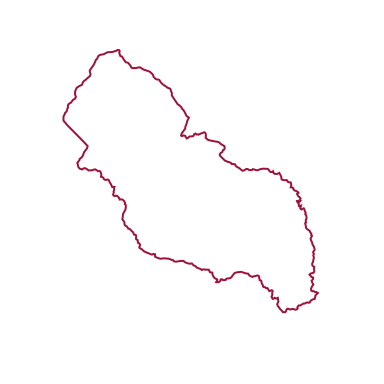 the district of Santa Rita do Tocantins, Tocantins, Brazil, rotated 225°
{"feature_id": "56859067B45645585605962", "entity_name": "Santa Rita do Tocantins", "entity_type": "district", "adm_level": 2, "iso_a3": "BRA", "parent_name": "Brazil", "parent_adm1": "Tocantins", "projection": "mercator", "projection_center": [-49.332, -10.964], "detail": "fine", "context": "isolated", "style": "outline", "palette": "rose", "viewbox_px": 384, "rotation_deg": 225, "n_neighbors": 0, "source": "geoboundaries", "source_scale": "gbopen_adm2", "svg_char_len": 6041}
<svg xmlns="http://www.w3.org/2000/svg" viewBox="0 0 384 384"><g transform="rotate(225 192 192)"><path d="M346.9,193.0L345.6,190.1L346.0,188.8L346.6,187.2L347.2,184.2L346.5,182.1L345.6,180.3L344.8,179.4L343.4,178.1L341.4,177.2L340.7,175.6L341.3,172.6L340.9,170.6L340.8,169.4L341.2,168.1L341.4,166.7L340.9,165.4L339.4,164.0L338.9,162.5L338.0,161.1L337.6,160.0L337.7,158.2L337.1,157.1L336.2,154.5L335.1,153.3L334.1,152.3L333.2,151.6L331.7,151.4L330.0,151.4L328.4,151.1L304.1,150.9L298.3,150.7L297.1,148.7L296.5,144.0L294.9,140.5L294.5,138.9L294.8,136.0L294.1,134.8L293.9,132.9L293.5,131.3L292.5,130.9L290.3,129.4L287.9,129.1L285.5,130.4L285.5,131.6L284.7,133.1L282.8,133.8L280.3,134.2L277.8,137.0L277.1,138.7L276.4,139.6L273.3,140.3L271.9,141.6L270.8,141.5L269.5,140.9L268.2,140.1L267.2,138.4L265.9,139.2L264.6,139.3L263.1,138.8L261.6,139.4L260.4,141.3L259.0,141.5L257.0,140.7L254.5,140.1L252.1,139.1L250.4,140.7L249.9,139.5L248.5,138.6L247.9,137.0L246.9,136.3L246.0,134.4L244.9,134.0L243.9,134.4L243.2,135.6L242.3,136.3L239.7,136.3L237.8,135.5L236.6,137.1L235.4,137.5L234.0,137.7L231.7,137.0L231.0,136.0L229.9,136.1L228.3,134.8L226.7,132.6L225.2,127.7L222.8,124.7L222.0,123.5L220.6,123.2L218.8,123.0L217.9,122.4L217.1,121.5L215.6,121.0L214.1,121.5L213.0,121.5L211.1,121.0L210.2,121.8L208.1,121.8L207.0,121.7L205.5,121.9L202.7,120.9L201.6,121.9L200.1,121.3L199.4,120.2L198.0,119.1L196.5,119.6L194.2,117.9L192.8,118.4L191.1,117.8L190.5,116.2L189.9,115.4L188.4,115.6L186.8,116.1L185.1,116.0L183.4,116.3L180.1,117.6L178.7,118.3L176.8,118.9L175.8,119.8L175.5,120.9L174.2,121.8L172.2,120.1L168.3,121.8L167.1,122.5L164.5,125.8L163.6,126.3L161.5,128.3L158.3,129.7L157.2,130.4L155.7,130.2L154.3,131.2L153.1,132.6L152.6,133.5L150.1,136.5L149.2,137.3L148.0,137.3L146.6,137.6L144.2,138.8L142.8,139.8L141.6,141.4L139.0,141.2L138.0,141.7L136.8,142.1L135.6,141.8L132.5,143.1L131.5,143.7L130.0,143.7L129.1,145.5L127.4,146.8L125.3,148.9L122.5,148.0L120.6,149.4L119.1,148.1L116.5,147.2L115.0,147.1L112.3,148.0L111.6,146.9L111.2,145.4L110.3,146.0L109.4,147.1L109.1,149.2L109.9,150.5L109.1,151.5L107.9,151.5L106.0,153.5L106.4,154.8L105.8,155.9L104.8,157.1L104.0,158.4L103.9,159.6L104.6,164.6L104.1,165.8L103.2,167.3L100.8,170.3L96.6,172.4L94.4,174.0L92.3,173.5L89.3,174.6L88.7,176.0L87.2,178.4L86.7,179.4L85.1,179.8L81.8,177.5L80.6,178.2L79.6,177.8L78.5,177.0L77.5,176.5L76.2,176.3L75.4,175.6L74.1,175.4L73.0,176.4L71.6,176.4L70.7,177.4L67.2,176.6L66.2,178.9L65.3,179.2L64.4,178.3L63.7,177.0L62.7,176.4L62.1,175.4L61.8,174.3L60.6,173.8L59.4,173.5L58.7,174.5L58.8,175.6L57.1,176.2L56.5,177.8L53.4,175.6L52.4,172.8L50.2,172.0L48.4,171.9L47.0,171.5L44.4,171.6L43.0,171.3L41.6,172.3L41.0,173.6L41.9,175.5L42.1,176.8L41.2,177.6L39.9,178.1L39.0,179.0L38.4,180.4L37.1,181.2L35.7,181.8L34.9,183.2L34.8,184.2L36.0,185.0L36.4,187.2L35.3,188.1L34.3,192.0L33.4,192.8L33.0,194.4L32.2,195.7L31.1,196.2L30.6,197.3L31.2,198.8L31.0,200.3L30.5,201.8L29.6,203.0L30.9,205.3L31.6,206.2L31.6,209.6L33.2,209.2L34.2,208.3L35.9,207.9L36.7,207.0L38.0,206.6L39.3,207.6L40.0,209.0L40.5,210.8L40.7,212.3L43.0,213.0L44.6,213.7L44.8,215.8L45.9,217.2L47.2,216.4L48.9,216.6L50.4,216.6L50.6,217.9L49.0,220.7L49.3,222.2L50.4,223.3L52.0,224.4L52.5,225.5L53.7,225.2L55.1,225.2L56.4,226.4L56.9,227.9L59.4,231.8L61.4,232.9L62.0,234.4L63.6,234.9L64.2,236.0L64.2,237.3L65.0,238.4L67.3,239.6L69.8,240.1L70.5,240.8L71.8,241.4L73.4,241.9L74.4,242.4L75.3,243.0L76.1,245.8L77.2,245.8L78.0,246.9L79.8,247.1L81.2,247.7L84.4,247.2L85.8,247.2L87.1,248.2L89.9,249.9L89.8,251.1L90.9,251.8L91.8,252.8L92.2,254.2L94.4,256.1L96.3,256.4L96.9,257.7L99.4,258.6L100.3,259.3L101.4,259.5L101.9,258.5L102.4,256.9L103.8,257.0L104.6,258.2L105.3,259.4L105.9,257.7L107.0,257.9L107.9,259.0L108.8,259.5L109.8,259.2L111.4,259.9L110.7,260.9L109.2,260.7L109.0,261.7L109.1,262.8L110.3,263.1L110.8,264.3L112.5,264.4L113.6,264.1L116.4,264.9L116.1,266.7L117.1,266.9L119.4,266.3L120.7,265.5L122.1,265.6L123.1,266.4L124.6,265.9L125.5,265.1L126.4,266.8L128.0,268.0L129.0,268.6L130.2,267.5L131.6,266.9L132.9,267.5L133.8,267.1L134.6,266.1L135.7,265.2L137.0,264.4L138.1,264.5L139.0,265.5L140.4,266.2L143.8,267.2L144.6,264.8L145.4,264.2L146.3,263.3L147.5,263.1L149.4,264.0L149.5,262.8L150.6,261.7L152.2,261.6L153.4,262.0L154.8,261.9L158.4,258.6L160.1,256.0L160.7,254.2L161.7,253.1L164.3,251.7L165.2,251.1L165.1,249.9L165.9,249.2L166.5,248.3L167.4,247.9L168.8,247.6L169.9,246.6L170.5,244.0L171.2,242.8L173.6,242.4L175.1,242.4L178.5,241.4L179.7,241.5L181.1,242.0L182.9,240.8L183.7,239.8L185.3,240.1L187.2,239.2L188.0,238.5L189.7,238.1L190.6,237.5L198.1,237.5L199.1,238.6L199.3,239.9L198.8,241.8L199.7,243.4L199.2,244.9L200.1,246.3L201.5,247.4L205.0,246.4L208.3,246.2L210.1,245.1L211.9,243.7L217.0,240.4L218.2,240.1L220.7,240.0L222.1,241.8L223.5,242.9L224.9,243.2L225.8,242.6L226.3,241.1L227.1,239.6L227.9,237.2L228.8,236.7L229.3,235.9L230.7,235.9L231.4,234.8L230.9,233.7L230.7,232.3L231.6,231.0L232.8,229.8L233.1,228.7L233.1,227.7L233.5,226.2L235.2,226.4L236.3,226.9L237.9,226.2L238.6,224.4L239.6,224.2L240.7,226.1L241.6,231.9L243.1,233.9L243.7,235.7L244.6,237.1L245.8,239.4L246.4,241.5L246.9,242.5L248.0,242.1L249.3,241.9L250.8,242.2L252.1,242.8L254.3,243.5L255.5,243.8L258.3,243.9L259.1,244.4L262.2,244.4L264.0,243.9L273.8,245.8L274.8,246.3L276.3,247.8L277.7,248.3L279.0,249.0L280.3,249.6L281.5,249.2L282.8,248.5L285.2,248.2L288.4,247.5L290.7,247.4L292.4,247.6L294.3,248.1L295.3,247.8L296.2,246.9L297.7,246.2L300.8,246.3L302.1,247.2L304.0,247.4L307.0,247.2L309.0,246.3L312.4,244.5L315.1,243.7L316.7,243.5L317.9,242.3L319.4,239.8L320.5,238.9L321.4,237.6L323.0,237.1L324.3,237.7L328.2,238.2L329.7,237.6L330.6,236.9L334.3,237.5L337.1,238.3L338.9,237.5L341.9,239.0L342.8,240.5L344.1,240.7L345.1,239.7L345.4,238.1L346.4,236.6L347.0,235.1L348.1,233.9L349.1,232.6L350.1,231.7L351.0,230.0L351.7,227.3L352.7,225.7L353.8,224.3L354.4,222.2L353.3,218.9L353.4,217.6L351.7,213.3L351.3,211.9L350.3,205.8L349.4,204.9L347.7,204.0L346.8,203.3L346.2,202.0L346.5,197.8L346.4,196.8L346.8,194.7L346.9,193.0Z" fill="none" stroke="#9f1239" stroke-width="2"/></g></svg>